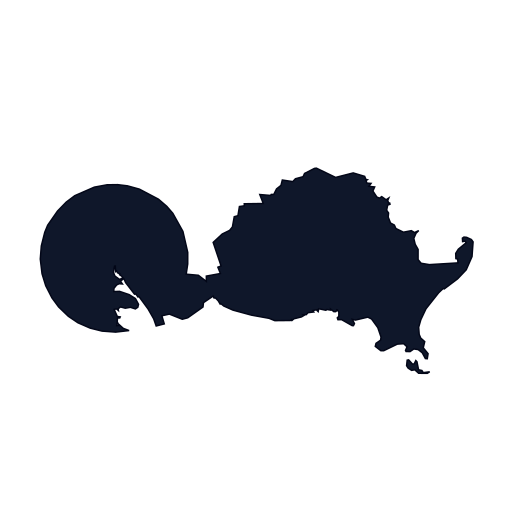 the district of Sligo-Strandhill Lea-6, Sligo, Ireland, rotated 188°
{"feature_id": "5873133B64230948512776", "entity_name": "Sligo-Strandhill Lea-6", "entity_type": "district", "adm_level": 2, "iso_a3": "IRL", "parent_name": "Ireland", "parent_adm1": "Sligo", "projection": "orthographic", "projection_center": [-8.544, 54.265], "detail": "fine", "context": "isolated", "style": "filled", "palette": "ink", "viewbox_px": 512, "rotation_deg": 188, "n_neighbors": 0, "source": "geoboundaries", "source_scale": "gbopen_adm2", "svg_char_len": 3353}
<svg xmlns="http://www.w3.org/2000/svg" viewBox="0 0 512 512"><g transform="rotate(188 256 256)"><path d="M371.3,164.5L377.4,165.9L383.0,169.7L382.0,168.1L384.3,167.6L384.2,170.3L383.1,169.8L384.3,171.6L384.5,175.3L382.3,175.7L382.0,176.8L384.9,176.8L389.1,183.4L386.7,184.2L384.7,182.9L385.2,184.6L383.1,186.7L378.2,186.1L373.2,187.7L368.1,186.8L365.9,188.8L365.6,191.8L369.5,197.1L376.2,200.1L386.2,202.0L391.9,201.0L392.2,204.1L390.0,207.9L387.7,209.5L384.4,209.7L386.7,212.2L384.0,215.0L384.7,215.8L387.8,213.8L392.9,216.5L395.0,220.1L394.7,226.3L393.9,226.5L392.9,221.0L392.0,221.9L390.8,220.1L388.3,219.4L388.5,218.5L386.1,217.3L384.5,215.6L383.5,214.9L381.4,211.5L371.0,201.3L369.6,201.6L367.2,199.0L366.2,199.5L355.5,188.5L348.6,179.6L345.1,172.8L337.4,176.0L340.9,183.7L333.7,186.4L320.2,183.1L315.0,185.3L301.4,198.1L301.5,202.5L292.8,210.4L291.8,208.6L290.1,208.7L287.2,206.4L284.8,203.4L284.2,204.0L281.0,202.0L271.3,199.2L252.3,196.8L234.4,196.1L228.4,194.6L213.1,196.9L212.1,197.4L212.3,198.7L211.4,197.2L209.7,199.1L202.5,202.0L199.9,204.1L200.8,204.5L198.1,204.9L196.6,207.1L191.0,208.6L192.2,209.9L187.2,211.6L187.8,210.4L186.7,209.6L186.5,212.5L179.5,212.0L178.7,212.7L179.1,211.9L178.4,212.9L174.7,212.8L174.9,213.9L171.1,211.7L169.3,212.0L168.1,213.7L169.2,214.0L168.0,214.1L166.1,211.8L165.6,207.7L166.9,206.1L166.0,204.3L162.4,204.9L151.0,200.4L149.8,200.6L149.1,202.8L151.9,206.7L148.6,206.4L136.8,211.0L132.8,209.7L125.4,202.0L120.9,193.1L120.9,190.0L125.0,186.2L125.3,183.1L119.2,179.6L116.3,180.0L103.8,188.4L97.6,189.7L93.8,187.1L94.8,183.3L94.1,182.3L90.1,182.8L86.8,185.9L82.4,185.9L77.9,183.3L74.0,178.0L72.1,178.1L72.0,183.2L77.6,188.4L77.0,194.7L81.5,197.7L83.5,201.1L85.0,208.1L83.9,215.9L80.3,227.4L70.0,245.0L66.2,249.8L65.0,249.6L53.2,261.4L45.9,271.6L42.0,285.5L43.0,300.2L45.0,302.3L50.0,303.8L52.7,303.7L54.1,302.4L53.4,299.0L51.0,299.8L49.7,298.4L56.6,290.9L58.6,286.4L57.7,281.2L55.9,281.0L55.0,277.3L83.1,271.6L91.5,271.8L95.0,275.0L96.4,285.1L100.0,289.8L102.2,295.4L100.7,300.8L98.4,303.8L102.3,301.3L105.7,302.7L113.3,300.1L121.3,302.7L123.3,305.9L127.4,307.4L130.5,312.9L130.7,317.0L133.0,319.5L132.7,324.7L130.5,325.9L131.0,327.1L133.0,326.9L132.2,327.3L133.3,329.2L132.6,331.9L135.0,329.8L139.8,332.3L141.7,330.5L144.5,331.2L149.3,336.6L148.1,340.9L153.9,340.7L152.2,343.9L156.3,343.6L157.6,346.0L156.4,347.0L157.9,347.2L159.5,350.0L171.3,351.8L188.1,344.9L208.4,351.4L210.3,350.9L219.4,344.5L220.4,341.1L227.7,338.0L229.9,334.8L240.5,334.9L241.1,329.4L245.0,325.3L247.0,319.4L249.5,319.1L250.0,318.0L260.8,317.4L256.1,309.0L274.9,306.1L274.5,304.1L279.3,302.7L279.5,293.4L283.0,291.9L283.4,281.5L285.7,277.7L292.5,273.1L300.3,263.5L289.2,241.3L292.2,239.6L288.8,233.7L302.4,229.2L301.6,223.9L310.4,228.9L322.6,228.3L322.5,238.6L324.1,250.1L331.8,270.2L344.3,286.7L351.3,292.8L360.5,298.7L380.8,306.0L393.1,307.6L403.0,307.4L413.4,305.8L425.7,301.7L443.9,290.5L451.4,283.0L458.8,272.9L466.6,257.5L468.5,250.1L470.0,236.1L469.2,223.0L465.4,208.6L460.1,197.3L452.3,186.2L444.4,178.1L433.5,170.2L423.1,165.1L410.2,161.5L398.0,160.2L384.4,161.1L371.3,164.5ZM89.8,166.2L86.0,164.4L82.9,165.4L78.6,162.5L70.0,163.7L67.9,165.5L74.1,163.8L75.8,165.7L79.2,166.0L81.9,173.7L83.2,174.7L84.3,171.3L85.8,170.6L90.4,174.4L91.8,173.9L91.6,168.3L89.8,166.2Z" fill="#0f172a" stroke="#020617" stroke-width="1.5"/></g></svg>